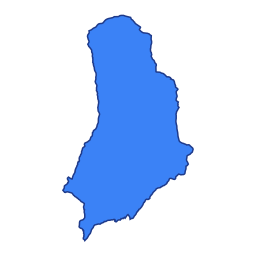 the district of Brusturoasa, Bacau, Romania
{"feature_id": "2599482B60057151040295", "entity_name": "Brusturoasa", "entity_type": "district", "adm_level": 2, "iso_a3": "ROU", "parent_name": "Romania", "parent_adm1": "Bacau", "projection": "orthographic", "projection_center": [26.192, 46.569], "detail": "fine", "context": "isolated", "style": "filled", "palette": "blue", "viewbox_px": 256, "rotation_deg": 0, "n_neighbors": 0, "source": "geoboundaries", "source_scale": "gbopen_adm2", "svg_char_len": 5719}
<svg xmlns="http://www.w3.org/2000/svg" viewBox="0 0 256 256"><path d="M130.6,17.4L125.4,16.1L123.5,15.4L121.5,15.4L120.0,15.6L118.4,16.6L114.2,16.7L113.2,17.4L112.5,17.7L108.3,18.6L106.8,19.2L105.9,19.7L104.9,20.6L103.1,22.8L102.6,23.1L102.1,23.4L99.8,23.6L98.5,24.0L97.5,24.9L95.8,27.1L93.4,28.2L91.4,29.8L89.3,30.7L89.0,30.8L89.2,32.1L89.1,33.0L87.7,35.1L87.5,36.6L88.3,39.5L89.0,41.1L89.0,42.0L88.4,43.3L88.0,43.8L87.8,44.4L88.4,45.3L88.7,46.3L89.9,47.6L90.7,48.8L91.3,49.5L91.6,50.0L91.7,51.8L91.9,52.7L92.4,53.2L92.5,54.4L92.3,56.1L92.4,56.7L92.7,57.3L92.8,57.6L92.6,58.0L92.9,58.9L92.8,60.7L92.9,61.3L92.7,62.2L93.5,63.8L93.3,64.0L93.4,64.7L93.6,65.7L94.3,67.6L94.3,68.3L94.6,70.2L95.0,71.1L95.9,72.7L96.1,73.7L96.2,75.4L96.0,76.2L95.8,77.3L95.9,79.0L95.2,81.6L95.7,83.2L96.5,84.4L96.9,85.5L96.8,86.5L96.5,87.9L96.6,89.4L96.4,90.3L96.6,91.0L97.2,91.5L97.2,92.2L97.6,93.5L97.3,94.2L97.3,94.9L97.8,96.5L97.7,97.0L97.8,97.9L97.9,99.0L98.7,101.1L98.5,101.6L98.7,102.0L98.5,104.0L98.3,104.6L98.1,106.5L97.8,107.2L98.2,111.1L99.1,112.6L99.6,114.1L99.3,115.4L98.7,117.1L98.4,118.6L98.3,122.5L97.1,125.2L97.0,126.3L96.3,128.0L95.6,129.1L93.5,130.6L93.3,131.7L92.5,132.6L92.4,133.1L92.5,133.7L92.3,135.6L91.7,136.5L91.0,137.0L90.4,138.6L90.0,139.9L87.4,142.0L85.0,143.0L84.5,143.9L84.4,144.5L84.8,145.8L84.8,146.3L84.7,146.5L84.1,146.8L83.7,147.3L83.0,147.6L82.3,149.1L82.2,150.2L81.6,151.2L81.6,151.4L81.5,153.4L81.2,154.0L80.8,154.3L80.2,156.1L79.5,157.0L79.4,157.6L79.2,158.1L79.3,160.2L79.4,160.6L79.3,161.1L78.8,161.8L78.3,161.6L78.0,162.3L77.6,163.3L77.8,164.2L77.5,164.9L77.1,165.3L76.8,166.4L76.2,167.7L75.9,168.2L75.8,168.8L75.5,169.1L75.4,169.7L75.1,170.3L75.3,171.0L75.2,171.3L74.9,171.7L75.0,172.2L73.3,175.2L72.5,177.4L72.3,178.7L72.1,179.0L71.4,178.9L70.4,178.4L68.5,177.1L67.5,178.1L67.4,178.9L68.3,180.7L68.5,181.6L68.1,182.4L67.7,182.7L67.8,183.1L67.1,183.9L66.4,184.5L65.3,185.2L64.4,186.0L64.2,188.1L64.0,188.8L63.6,189.1L62.9,190.3L64.6,192.3L65.7,192.4L66.1,192.0L67.6,191.8L71.6,192.9L72.3,193.4L73.6,195.3L74.2,195.6L74.9,196.5L75.7,196.8L76.7,197.7L76.9,197.7L77.6,198.3L78.0,198.5L78.6,199.3L79.6,199.8L81.2,201.6L82.6,202.3L84.3,203.5L84.1,205.2L83.6,206.5L83.6,207.6L84.0,208.9L84.0,209.6L84.5,209.8L84.3,210.6L84.2,212.2L84.7,214.0L84.8,216.8L84.7,217.7L83.8,219.0L83.2,219.6L82.9,219.8L80.9,220.4L80.1,220.9L79.7,221.5L79.5,222.6L79.4,225.2L79.1,226.5L79.3,227.2L80.0,227.8L81.0,228.4L81.6,228.4L82.2,228.9L82.6,229.4L82.8,230.0L83.1,229.9L83.2,230.4L83.6,230.6L83.6,231.0L83.4,231.5L83.7,232.0L83.6,233.6L84.0,234.1L84.0,235.0L83.8,235.7L83.9,236.5L83.3,237.9L83.3,238.9L84.4,239.7L84.8,240.6L85.4,239.9L87.2,238.1L89.0,234.9L90.3,233.4L91.1,231.2L91.5,229.7L93.2,227.5L93.8,226.0L94.7,225.0L98.3,224.0L100.2,224.1L100.7,223.8L100.9,223.4L103.6,222.4L104.0,222.0L104.2,221.5L105.8,221.5L107.4,220.5L109.1,220.2L109.8,220.3L111.5,219.8L112.4,219.9L114.0,219.4L114.9,219.6L115.2,220.4L114.7,220.8L114.8,221.2L115.5,221.7L116.5,221.7L117.1,221.0L117.8,220.3L119.1,219.8L120.1,220.1L120.1,220.5L121.0,218.8L121.2,219.0L121.9,218.6L122.5,218.3L123.1,218.6L124.4,217.4L125.1,218.2L127.2,215.2L128.0,214.6L129.5,216.6L129.9,217.6L130.1,219.3L131.3,218.6L131.8,218.4L132.7,218.4L133.2,218.0L133.8,217.1L134.4,215.9L134.9,215.5L136.0,214.1L136.8,212.1L137.0,212.1L137.4,211.8L138.0,211.0L138.0,210.6L138.7,210.2L138.7,209.6L138.8,209.4L139.9,208.9L141.6,206.9L142.9,204.8L143.7,202.7L144.4,202.3L144.5,202.1L144.5,201.6L145.3,200.9L145.4,200.1L145.9,199.6L146.5,199.3L146.9,199.2L147.9,199.5L149.0,199.1L149.1,198.7L149.8,198.4L149.8,197.4L150.0,196.9L150.4,196.1L151.0,195.5L151.1,195.0L151.6,194.8L151.9,194.3L152.5,193.7L152.6,193.1L153.4,192.1L155.8,189.8L156.2,188.9L157.9,188.0L160.3,187.6L160.7,187.3L161.2,186.7L161.7,186.7L162.9,185.8L163.9,185.6L166.5,183.8L166.9,183.3L167.0,182.6L167.3,182.4L167.3,182.1L168.8,180.6L169.1,179.4L169.6,178.6L170.2,178.4L171.2,178.4L173.7,179.3L174.4,179.4L174.9,179.3L175.7,178.2L175.7,177.0L176.1,176.4L176.8,175.9L178.6,174.1L179.5,174.3L180.8,174.8L182.6,174.6L183.4,174.6L184.5,174.0L184.9,173.4L185.3,170.8L185.8,169.5L186.0,168.2L186.0,166.2L187.0,165.7L187.5,165.2L188.3,164.1L187.5,162.1L186.9,161.3L186.6,160.5L186.5,159.2L186.8,158.0L187.0,156.0L187.7,155.4L188.6,154.9L190.0,154.3L190.9,153.3L192.3,152.1L193.0,149.7L193.1,149.1L192.6,148.0L189.9,145.6L189.5,145.1L188.9,144.8L186.6,144.9L185.7,144.3L184.2,143.8L183.8,143.5L182.4,143.2L180.4,142.2L179.4,141.2L179.1,140.6L178.0,136.2L177.9,135.1L177.7,132.7L176.9,128.6L176.8,125.9L176.3,124.1L175.9,121.9L175.9,120.7L176.2,118.4L176.2,115.2L176.0,114.0L176.4,113.0L176.5,111.8L176.7,111.3L177.3,110.7L177.7,109.7L179.0,107.4L178.2,106.6L177.8,105.3L178.1,104.5L177.8,103.7L178.3,102.0L177.1,101.3L176.1,100.2L176.1,99.8L176.4,98.2L176.5,97.6L176.9,97.1L177.1,96.2L177.0,95.6L176.4,93.6L176.2,91.8L176.7,90.7L177.1,90.4L177.9,89.4L177.9,89.1L177.1,88.2L176.5,87.9L175.6,87.1L175.5,86.6L175.6,85.9L175.5,85.5L174.7,83.6L174.4,81.9L174.1,81.1L173.6,80.2L173.3,79.9L172.1,79.6L171.4,79.0L170.7,79.0L170.9,78.4L170.3,77.6L168.9,76.9L166.9,76.8L166.5,76.6L165.8,75.7L165.1,75.0L164.2,74.4L163.7,73.7L162.1,73.2L161.5,73.2L160.6,72.5L159.6,72.2L156.5,72.0L156.0,71.7L155.9,66.5L156.3,65.6L156.2,64.2L155.6,63.4L154.8,62.7L154.4,61.1L153.8,60.2L152.5,59.2L151.9,57.7L151.3,56.7L151.2,56.0L151.6,55.1L151.7,54.4L151.4,53.6L151.3,52.6L150.6,51.5L150.4,48.8L150.7,48.3L150.9,45.4L151.6,43.1L151.6,41.2L151.2,39.8L151.1,38.9L151.3,35.6L150.0,34.8L149.1,33.9L147.4,33.3L143.2,32.8L141.5,31.8L140.7,31.1L139.5,29.8L139.4,29.4L140.5,27.5L140.4,27.0L135.3,23.5L134.9,22.9L134.5,22.1L133.8,21.7L133.1,20.6L132.5,20.0L131.6,19.5L131.2,19.0L130.6,17.4Z" fill="#3b82f6" stroke="#1e3a8a" stroke-width="1.5"/></svg>